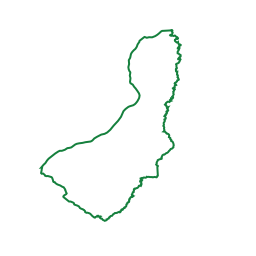 outline of Nova Bandeirantes, Mato Grosso, Brazil, rotated 51°
{"feature_id": "56859067B56253074715803", "entity_name": "Nova Bandeirantes", "entity_type": "district", "adm_level": 2, "iso_a3": "BRA", "parent_name": "Brazil", "parent_adm1": "Mato Grosso", "projection": "robinson", "projection_center": [-58.073, -9.696], "detail": "fine", "context": "isolated", "style": "outline", "palette": "green", "viewbox_px": 256, "rotation_deg": 51, "n_neighbors": 0, "source": "geoboundaries", "source_scale": "gbopen_adm2", "svg_char_len": 5861}
<svg xmlns="http://www.w3.org/2000/svg" viewBox="0 0 256 256"><g transform="rotate(51 128 128)"><path d="M79.4,32.3L78.6,34.0L74.0,40.4L73.8,41.6L74.0,44.3L74.0,46.5L73.7,49.1L72.7,52.2L70.7,54.5L69.7,56.6L67.7,57.8L67.6,58.3L67.5,64.0L67.7,64.5L68.2,65.0L69.1,68.0L70.3,69.9L70.8,71.2L71.2,72.7L71.2,74.3L71.5,76.5L72.0,78.3L72.5,79.3L74.8,82.1L75.8,84.7L79.0,86.9L80.9,89.4L82.8,90.5L84.8,91.1L85.9,91.1L86.5,91.4L88.4,93.6L90.8,94.7L93.4,97.4L94.8,97.9L97.3,97.0L99.8,97.3L102.1,97.2L105.3,97.4L108.1,97.7L110.0,98.5L111.5,100.2L112.0,101.1L113.2,104.1L113.7,106.5L113.8,107.7L113.6,109.6L112.1,113.3L111.8,114.7L111.7,118.0L112.0,120.4L112.1,121.0L114.9,126.4L116.2,131.3L117.1,137.6L118.2,142.8L118.4,147.0L117.8,149.9L116.3,152.9L115.3,157.8L114.9,160.9L115.1,161.9L115.3,163.8L115.0,165.5L112.2,170.1L111.0,172.6L109.1,175.7L108.0,177.9L107.6,179.5L107.4,184.2L106.7,185.8L105.5,187.8L105.2,190.7L104.5,192.7L104.1,193.7L102.8,195.3L102.4,196.9L102.0,200.6L101.9,209.0L102.3,211.3L103.3,214.4L103.4,216.5L104.1,220.1L104.4,219.5L104.8,219.7L105.6,220.9L106.4,221.6L108.3,223.9L108.8,223.9L109.3,223.8L109.9,222.7L112.0,222.2L112.8,222.5L113.9,221.9L114.9,220.5L117.8,218.5L118.4,218.3L119.3,218.4L121.7,219.3L122.5,219.8L123.1,219.8L124.0,219.0L125.1,219.1L127.4,218.4L130.1,216.8L132.2,216.1L133.6,215.3L136.3,215.5L136.7,215.9L137.5,216.0L138.7,216.5L140.2,216.8L140.5,217.6L140.2,220.0L140.4,221.1L140.7,221.5L141.1,221.6L148.0,220.1L149.0,218.9L151.2,217.7L152.0,217.4L152.6,217.4L153.5,217.9L153.9,217.8L156.6,216.1L158.1,215.5L160.0,215.7L161.4,215.1L162.8,214.2L163.6,214.1L164.0,213.8L165.5,213.7L166.5,214.2L167.8,213.6L168.0,213.1L168.6,212.6L170.0,211.7L171.0,211.3L174.0,211.1L176.4,210.5L176.9,210.0L176.7,209.2L176.9,208.8L177.2,207.7L176.9,207.2L177.4,206.5L178.1,206.8L178.2,206.4L178.6,206.3L179.1,205.3L179.4,205.1L179.4,205.7L179.6,206.1L180.4,206.3L181.4,206.0L181.7,205.5L182.2,205.3L183.2,205.4L184.0,205.2L184.8,204.7L185.5,204.5L186.1,202.8L186.0,202.4L185.6,202.1L186.0,201.5L185.9,200.6L186.2,199.9L185.6,199.0L185.9,198.4L185.6,198.0L185.5,196.9L186.2,195.5L185.7,193.8L185.9,192.7L185.8,192.0L185.9,191.5L186.4,191.1L186.7,190.4L187.0,190.1L187.1,189.2L187.7,187.3L188.3,187.5L188.5,187.2L188.4,186.4L187.9,185.4L187.4,184.8L187.3,184.3L188.2,183.7L188.1,183.2L187.7,182.8L187.8,181.6L188.0,181.1L187.5,180.9L187.8,178.8L186.9,177.7L186.5,177.5L186.3,177.0L186.4,176.0L185.7,175.5L185.8,174.3L186.1,173.9L185.5,172.9L184.8,172.7L184.5,172.3L184.5,171.6L183.9,171.3L183.8,170.3L183.5,169.6L183.6,169.0L184.1,168.5L184.3,168.1L184.3,166.9L183.3,167.7L183.1,167.3L183.1,166.7L182.2,166.9L181.4,165.2L181.0,164.8L181.0,164.3L181.3,163.9L180.6,163.2L180.5,162.8L179.8,162.5L179.2,161.6L179.2,161.1L179.9,160.5L179.9,159.5L180.4,158.7L180.5,157.7L180.2,156.5L179.9,156.2L179.8,155.9L179.9,155.5L180.3,155.3L180.7,154.5L181.1,154.4L180.9,153.9L180.0,153.4L180.0,152.7L179.3,152.6L179.1,152.2L177.9,151.8L177.3,152.3L176.9,152.0L176.9,151.5L177.4,151.4L177.7,150.6L177.4,149.7L176.6,149.9L176.3,149.7L175.4,150.2L175.1,150.0L175.6,148.5L176.3,147.7L176.5,146.7L177.5,145.9L177.8,145.4L177.9,145.0L177.7,144.1L178.2,143.8L179.1,142.5L179.9,141.9L180.9,140.6L181.7,140.0L181.8,139.6L182.3,139.2L182.7,138.2L184.3,136.8L184.2,136.1L183.7,135.4L183.8,134.8L177.0,129.9L176.4,128.7L175.9,128.7L175.7,129.1L174.1,129.1L173.6,127.9L172.8,127.4L172.1,125.6L171.7,125.1L172.2,123.1L173.1,121.3L172.6,120.6L172.0,120.6L170.9,118.4L171.0,117.1L171.5,116.6L171.6,116.2L171.6,114.1L172.0,113.1L172.0,112.0L171.6,110.4L171.6,109.6L171.2,108.0L171.7,106.9L171.6,104.9L170.7,104.2L170.2,103.3L168.4,102.4L166.9,102.0L166.2,102.1L165.5,102.6L165.1,102.6L164.9,102.2L164.6,101.9L163.2,102.1L162.9,101.7L162.3,101.4L160.9,102.0L159.7,100.6L159.2,100.4L158.3,100.4L157.8,100.6L156.8,101.4L156.4,101.5L156.1,101.2L155.1,101.5L154.3,101.5L153.2,102.5L153.2,102.0L152.6,101.4L152.5,101.0L151.1,100.4L150.4,99.5L149.2,99.1L148.6,99.2L148.3,98.3L147.8,97.8L147.3,97.7L146.4,96.9L146.0,95.4L145.3,94.6L144.9,94.3L144.4,94.5L144.2,94.2L144.5,93.1L144.0,92.3L142.7,92.0L141.7,92.3L141.5,91.5L141.7,90.5L141.1,90.3L141.2,89.0L141.0,88.6L140.6,88.7L140.3,87.9L139.9,88.0L139.4,87.8L139.3,87.3L139.8,86.4L139.5,85.6L137.8,85.4L137.9,84.9L137.7,84.6L137.3,84.3L137.1,83.7L136.8,84.5L136.4,84.8L135.6,84.6L135.3,84.2L133.1,84.6L133.0,84.2L133.3,84.0L133.3,83.5L132.5,82.7L132.5,80.7L132.8,80.2L133.9,79.4L133.6,78.7L134.0,77.5L133.2,77.8L132.7,77.7L132.7,76.5L132.2,76.1L133.0,75.7L133.1,75.1L132.8,74.8L132.9,74.0L132.6,73.7L131.8,74.2L131.4,74.0L131.4,73.0L130.8,71.8L130.5,71.2L129.4,70.9L128.8,70.0L128.3,70.0L127.9,68.6L126.7,68.2L125.4,68.1L125.4,67.5L125.8,67.2L126.2,67.2L126.6,67.0L126.1,66.8L125.8,66.1L125.4,66.1L124.5,65.0L124.3,64.5L124.8,64.0L124.9,63.5L123.4,63.4L122.8,63.7L122.5,63.2L122.7,61.7L122.6,60.5L122.0,59.8L122.4,58.6L122.4,58.1L121.9,57.8L121.0,57.8L120.4,57.4L119.7,57.6L119.4,57.2L119.2,56.8L118.4,56.1L117.4,56.4L115.2,54.2L114.8,54.9L114.0,54.9L112.6,53.9L112.3,53.5L112.5,53.2L112.4,52.6L112.1,52.2L111.1,52.0L109.8,50.9L108.8,50.6L108.6,50.1L109.1,48.5L109.2,47.4L108.9,47.0L108.8,46.1L108.3,45.5L107.7,44.0L107.1,44.0L106.4,45.4L106.1,45.7L105.8,45.5L105.4,43.5L105.4,43.1L105.6,42.6L105.5,42.1L105.0,41.6L104.7,41.5L104.4,41.2L104.1,41.2L103.4,41.8L102.1,41.8L101.2,42.4L100.1,41.6L99.7,40.8L99.6,40.0L98.6,38.2L97.9,39.1L97.5,39.3L97.2,39.0L97.0,38.3L97.3,38.0L97.3,37.2L96.5,36.8L96.4,36.4L96.9,35.2L96.7,34.8L95.8,35.0L94.9,35.8L93.7,35.6L92.7,35.0L92.7,35.4L92.2,36.3L90.2,36.7L89.6,36.6L89.0,36.0L89.1,35.4L88.9,34.2L89.8,33.8L90.0,33.3L89.9,32.8L89.7,32.6L89.0,32.9L88.4,32.6L87.7,33.1L85.8,33.3L85.5,33.6L85.2,34.6L83.9,35.6L83.7,36.2L82.8,36.9L82.4,36.9L82.3,36.4L83.1,35.6L82.7,34.5L82.3,33.8L82.0,33.3L80.8,33.3L80.4,33.2L80.5,32.5L80.3,32.2L79.8,32.1L79.4,32.3Z" fill="none" stroke="#15803d" stroke-width="2"/></g></svg>